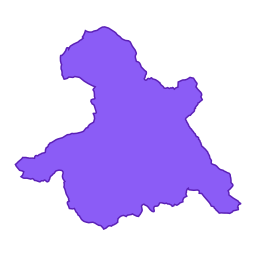 Quan Hoa, Thanh Hóa, Vietnam (Natural Earth projection)
{"feature_id": "81297802B43083568307928", "entity_name": "Quan Hoa", "entity_type": "district", "adm_level": 2, "iso_a3": "VNM", "parent_name": "Vietnam", "parent_adm1": "Thanh Hóa", "projection": "natural_earth1", "projection_center": [104.955, 20.487], "detail": "fine", "context": "isolated", "style": "filled", "palette": "violet", "viewbox_px": 256, "rotation_deg": 0, "n_neighbors": 0, "source": "geoboundaries", "source_scale": "gbopen_adm2", "svg_char_len": 5776}
<svg xmlns="http://www.w3.org/2000/svg" viewBox="0 0 256 256"><path d="M197.0,83.3L195.6,81.5L193.5,78.2L190.0,77.4L187.2,79.2L185.0,79.9L182.6,80.0L178.2,82.0L177.9,87.1L176.0,87.8L175.0,88.5L174.5,89.2L174.2,89.0L173.1,87.7L172.6,87.5L171.9,88.1L170.9,87.8L169.4,88.5L168.8,88.3L167.7,87.6L165.7,88.3L164.2,88.1L163.2,86.6L160.9,84.7L160.4,83.8L159.9,83.4L159.8,82.6L159.3,82.5L158.0,81.3L155.5,79.7L152.4,78.8L151.6,77.8L151.2,77.8L149.9,78.8L149.5,78.8L148.6,78.4L147.9,78.5L147.5,78.8L146.6,80.0L145.5,80.2L144.6,79.5L144.3,78.9L144.3,78.6L145.1,77.1L145.4,75.4L146.3,73.9L146.4,72.6L146.2,71.6L144.6,70.4L141.2,66.9L140.5,64.8L139.8,63.4L139.3,62.7L138.2,61.9L136.4,61.4L135.5,58.2L135.3,56.8L135.4,55.7L136.3,53.8L136.3,53.1L135.2,50.2L132.2,46.0L130.3,42.1L129.8,41.6L128.5,40.8L125.3,40.4L122.4,39.1L121.5,38.4L119.9,36.6L117.9,35.3L116.9,34.4L115.9,33.0L114.5,31.9L108.6,28.1L104.8,26.9L102.3,27.1L99.2,28.8L97.3,30.3L93.8,31.1L92.0,32.0L90.0,32.1L88.5,31.9L86.7,31.3L85.4,30.6L84.8,32.6L83.5,35.5L82.4,37.0L83.2,38.1L81.4,39.6L79.8,40.5L78.1,42.0L73.6,44.1L70.4,46.1L69.6,47.2L69.0,48.7L68.7,49.2L68.4,47.9L67.6,47.7L66.9,47.8L66.5,48.3L65.6,50.8L63.7,53.6L61.9,55.4L60.9,55.4L60.6,55.7L60.4,57.7L60.5,61.0L61.1,63.3L61.6,64.3L61.1,66.9L61.1,69.0L61.7,70.2L62.1,72.3L62.0,75.0L62.8,76.1L64.0,79.1L64.7,79.1L67.5,78.3L68.6,77.2L69.9,77.1L72.6,77.4L73.3,77.3L74.8,76.5L79.1,77.3L80.0,77.7L84.3,81.2L88.3,83.6L92.6,85.8L95.2,86.8L93.1,89.4L93.2,90.2L94.1,91.4L94.4,94.2L94.4,96.5L94.8,97.5L94.9,98.5L94.6,98.8L92.4,99.3L91.2,99.9L90.9,101.5L92.3,104.0L93.3,104.4L94.2,105.4L96.3,112.3L96.1,112.9L95.5,113.3L93.3,113.4L93.2,113.6L94.2,115.7L94.6,118.7L93.6,122.2L90.4,124.0L89.4,124.7L88.0,126.6L87.8,127.6L86.7,127.8L85.9,128.2L83.5,131.3L81.2,132.2L76.8,133.3L73.4,133.6L72.0,133.4L71.0,133.8L70.2,134.4L67.3,134.7L62.5,137.7L58.1,138.9L56.1,139.7L51.7,142.5L50.1,143.0L49.7,143.3L49.5,143.9L48.5,144.7L48.2,146.0L47.4,147.2L46.4,147.5L46.2,147.7L46.1,148.3L45.6,149.2L45.3,152.2L44.7,152.7L41.9,153.3L40.3,154.3L39.3,154.5L37.8,155.8L36.3,155.5L35.5,155.7L34.8,156.7L34.5,158.3L32.4,158.1L29.2,158.2L27.8,157.8L27.2,157.9L26.2,157.5L22.6,157.5L22.1,158.4L21.3,159.2L18.2,161.8L16.5,163.6L15.4,164.4L16.3,166.3L19.6,170.3L22.4,171.0L23.7,171.7L23.2,173.5L22.5,175.3L21.0,176.7L21.5,177.0L23.2,178.0L24.0,178.2L27.1,178.2L30.8,179.1L32.4,178.6L33.6,179.2L34.5,180.4L36.1,180.6L39.5,181.8L40.1,181.8L41.5,180.7L43.4,180.9L44.1,180.2L44.7,180.0L45.1,180.2L46.8,181.7L47.7,181.8L48.9,180.9L49.0,180.2L49.7,179.0L50.0,177.4L50.8,176.2L52.2,175.1L53.2,173.9L54.2,173.3L55.2,171.8L56.2,170.8L59.0,170.1L61.2,170.4L61.9,170.6L62.4,171.0L62.9,171.6L63.2,173.1L62.7,174.5L62.4,176.2L62.5,177.1L63.0,178.8L64.9,181.5L64.2,182.0L63.9,182.7L64.2,183.6L64.2,185.6L63.9,187.0L65.0,189.4L66.2,193.9L68.7,198.6L68.6,200.0L69.3,201.1L68.7,201.6L68.1,201.6L67.6,201.9L67.3,202.7L67.5,204.0L68.4,205.7L69.4,208.5L72.5,208.9L74.4,208.5L76.0,211.9L77.1,212.9L78.2,215.2L79.5,215.9L79.8,216.7L80.4,217.5L81.2,219.0L82.2,220.1L83.7,221.2L84.3,221.5L86.5,222.2L88.7,222.7L92.9,222.2L95.4,223.3L96.2,223.9L98.7,225.3L100.5,225.5L101.4,226.1L101.9,226.8L102.7,227.5L103.7,229.1L106.0,228.1L108.4,226.0L109.8,225.7L111.5,226.1L112.8,225.0L113.6,225.0L114.7,224.2L115.6,223.9L117.8,222.1L117.6,221.0L117.9,219.8L118.0,218.7L119.4,217.3L120.4,216.5L121.7,215.8L123.4,215.4L124.5,215.7L126.2,216.5L127.4,215.2L131.4,214.5L132.4,213.9L134.1,214.9L136.9,216.2L138.6,216.4L138.8,215.9L140.1,214.4L141.8,211.5L142.2,210.1L141.5,206.2L142.0,205.2L143.4,204.3L144.0,204.2L144.9,205.0L146.8,205.8L148.3,207.2L149.9,209.4L151.3,210.7L152.2,211.4L153.5,211.7L153.9,211.6L154.2,211.2L154.2,210.6L153.7,208.1L154.1,207.0L154.8,206.3L157.2,206.1L157.9,205.8L158.8,204.8L159.5,203.2L160.2,202.8L161.8,202.8L164.6,203.6L166.4,203.2L168.0,204.1L169.0,203.9L171.5,205.2L172.2,206.3L173.8,205.8L174.3,204.7L174.6,204.4L176.9,205.2L178.6,204.2L180.0,202.9L182.9,201.8L182.8,200.1L183.6,198.2L184.5,197.4L186.8,196.2L186.0,194.4L186.0,193.3L186.4,192.6L186.4,191.2L186.6,190.5L187.5,188.7L188.4,188.2L188.6,189.3L189.1,189.8L193.8,190.3L197.5,190.0L198.9,190.6L199.1,191.0L199.3,191.7L199.2,193.3L201.7,193.5L203.8,196.2L208.9,202.1L210.1,203.7L211.3,206.1L213.1,206.5L214.0,207.0L214.4,208.2L215.3,208.8L215.6,209.4L216.5,210.5L217.1,210.8L219.2,213.1L222.0,212.8L222.6,213.0L228.2,213.1L229.7,213.4L232.1,212.1L233.4,210.7L234.9,210.5L238.3,209.6L238.4,209.1L238.0,208.2L238.2,207.7L237.6,207.2L238.0,206.0L238.8,204.5L240.3,204.0L240.6,203.8L240.6,203.4L239.1,202.5L238.2,201.1L233.4,198.2L229.0,195.0L228.8,192.4L228.1,190.7L230.1,189.0L232.5,186.3L232.9,185.5L232.7,184.4L231.0,182.6L231.0,180.3L230.7,177.7L230.4,176.8L230.1,174.6L229.3,173.4L226.7,172.4L225.5,171.6L224.6,171.4L223.1,170.3L220.4,169.6L218.8,168.5L216.8,166.3L215.4,165.2L212.2,164.1L211.5,163.5L211.2,163.1L211.2,162.6L211.4,160.6L210.7,159.2L210.0,158.5L209.4,155.7L208.0,153.1L207.7,152.1L205.3,149.2L203.9,148.0L203.6,147.5L202.0,146.4L201.5,145.5L201.5,145.1L201.2,144.5L200.9,143.1L200.0,141.5L199.9,140.7L198.9,139.4L198.6,139.3L198.6,138.1L198.4,137.5L197.8,137.2L197.4,136.7L196.4,136.6L195.9,135.6L195.6,135.4L195.5,134.6L195.2,133.9L193.9,132.7L193.5,131.9L192.8,131.0L192.2,130.6L192.0,130.0L191.3,129.0L190.4,128.4L189.8,127.3L188.7,125.8L188.5,124.9L187.3,122.7L186.9,122.4L186.7,121.5L185.5,119.3L185.6,118.8L185.9,118.2L188.8,115.6L189.2,115.4L190.3,115.3L191.8,113.5L193.7,111.8L194.4,110.9L194.5,109.0L195.3,108.5L195.5,108.2L195.2,107.8L195.3,107.5L196.6,105.7L197.0,105.4L197.9,104.2L198.0,103.0L199.3,102.5L200.1,101.5L202.1,100.0L202.3,99.6L201.6,98.4L200.9,96.8L201.7,95.0L201.6,94.0L201.3,93.3L200.8,92.4L197.1,88.5L196.6,87.5L195.9,86.9L197.0,84.0L197.0,83.3Z" fill="#8b5cf6" stroke="#5b21b6" stroke-width="1.5"/></svg>